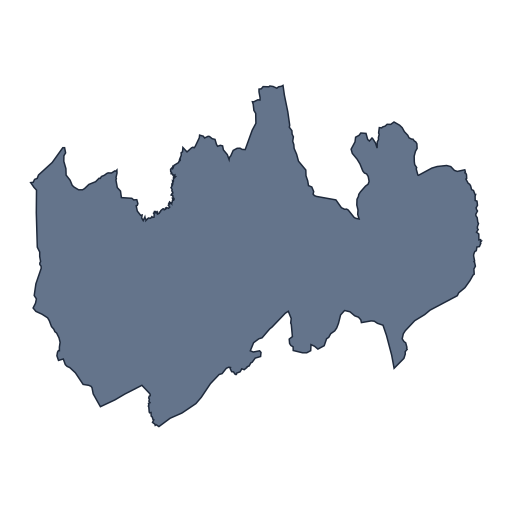 outline of Gomoa East, Central, Ghana
{"feature_id": "2480657B26264719340764", "entity_name": "Gomoa East", "entity_type": "district", "adm_level": 2, "iso_a3": "GHA", "parent_name": "Ghana", "parent_adm1": "Central", "projection": "equal_earth", "projection_center": [-0.589, 5.477], "detail": "fine", "context": "isolated", "style": "filled", "palette": "slate", "viewbox_px": 512, "rotation_deg": 0, "n_neighbors": 0, "source": "geoboundaries", "source_scale": "gbopen_adm2", "svg_char_len": 6053}
<svg xmlns="http://www.w3.org/2000/svg" viewBox="0 0 512 512"><path d="M283.0,85.4L281.4,86.3L278.6,86.8L276.8,88.2L273.1,86.5L269.8,86.0L268.9,86.8L263.1,86.6L261.3,88.8L259.0,89.1L259.0,91.9L260.1,97.8L260.0,100.0L257.8,99.8L253.8,101.8L252.4,101.7L253.2,104.3L253.9,110.4L255.7,113.4L255.9,123.3L252.2,130.2L245.2,149.6L242.0,149.4L240.1,148.2L237.1,148.3L233.2,150.4L230.7,156.0L229.5,157.3L229.1,159.6L227.3,154.6L223.4,149.9L222.6,145.9L220.3,145.3L217.6,146.3L216.5,144.4L215.0,139.4L212.2,138.7L209.5,136.5L208.1,136.3L204.6,138.0L203.3,136.2L199.6,135.1L199.3,137.8L195.1,146.6L194.1,147.8L193.0,147.2L191.6,147.8L187.0,151.9L182.9,147.5L182.5,151.8L181.1,152.8L181.3,155.2L179.5,159.6L179.8,160.4L180.2,159.8L180.2,160.5L179.2,160.9L178.5,162.6L174.1,165.3L173.5,166.5L173.0,166.1L172.6,167.1L173.2,167.7L172.6,168.8L171.7,168.1L170.6,169.3L170.7,171.7L171.6,172.6L171.1,173.7L172.5,174.1L172.7,175.0L173.7,174.9L173.9,175.9L174.8,175.2L174.7,176.5L175.6,176.6L174.7,177.7L173.9,176.6L173.5,176.9L173.4,181.5L173.1,182.0L172.6,181.4L172.8,183.9L172.5,184.8L171.9,184.3L171.8,186.5L171.0,187.6L172.2,189.6L171.8,190.8L172.8,192.2L172.6,193.6L172.1,193.5L171.1,195.0L172.8,195.7L173.0,197.7L174.0,198.4L174.0,199.3L172.6,198.7L173.2,200.3L172.5,200.4L172.0,202.7L171.2,202.8L171.4,203.6L169.6,201.9L168.8,203.5L169.8,203.8L168.3,205.2L169.7,207.1L168.5,208.3L166.5,207.6L166.3,208.3L165.6,208.1L165.5,209.2L164.2,209.8L163.8,208.9L163.0,208.8L160.9,210.5L160.3,211.9L159.3,212.2L159.3,213.3L157.5,214.1L157.3,212.3L156.8,213.0L155.9,212.9L156.0,212.0L155.3,212.4L155.2,211.5L154.4,211.5L154.2,212.6L153.5,213.2L154.2,214.4L154.0,217.2L152.7,217.4L151.9,216.6L150.6,218.3L148.4,218.0L146.0,220.4L146.1,219.3L145.3,218.9L144.9,216.9L143.2,220.6L141.7,218.0L142.1,215.0L140.7,215.4L137.3,211.1L136.2,205.8L137.3,205.3L137.9,203.7L136.8,199.7L133.7,199.9L131.8,198.3L121.4,197.6L120.5,191.1L117.3,187.6L116.3,182.1L115.9,179.8L116.4,178.8L116.0,177.5L117.0,173.1L116.9,170.0L115.8,171.2L114.8,170.9L111.5,173.0L108.1,172.9L106.7,173.5L104.3,175.3L101.4,176.5L100.3,178.4L99.1,178.2L95.6,181.7L88.9,184.4L84.5,188.6L82.5,189.8L78.6,189.8L74.1,187.1L72.2,185.3L70.1,180.2L66.1,175.1L65.9,168.6L63.8,161.3L63.9,155.7L65.6,152.9L64.6,147.7L62.8,147.7L52.2,162.5L38.5,175.0L37.2,178.4L34.6,179.4L33.2,182.3L30.7,182.6L34.0,187.4L36.5,190.1L36.3,212.8L37.3,247.2L39.7,252.0L39.7,256.5L40.6,261.5L39.8,263.1L39.9,264.6L41.1,266.2L41.2,268.3L35.9,283.8L34.2,295.5L36.4,298.9L35.5,303.2L33.1,308.0L35.9,311.4L42.0,314.2L47.6,317.8L49.3,320.7L51.5,326.6L53.8,329.2L54.9,331.7L56.6,333.0L59.0,337.8L60.1,342.3L59.4,347.1L59.4,350.7L58.4,350.6L57.5,352.2L56.9,355.8L58.5,360.4L63.3,359.0L65.3,364.6L67.1,366.4L69.8,367.6L75.4,372.8L83.1,384.4L88.7,385.3L91.0,386.3L92.0,387.7L93.2,393.9L100.4,406.7L114.9,399.9L124.9,394.0L141.9,385.3L149.8,393.7L150.3,394.9L150.2,395.7L149.2,396.2L148.7,398.0L149.4,399.1L148.9,401.2L150.0,402.7L148.5,403.4L148.9,405.0L148.3,406.1L148.8,407.0L149.2,412.0L149.6,412.8L151.0,412.5L151.2,416.1L152.3,417.1L153.0,419.6L153.8,419.9L152.5,422.4L154.8,424.1L155.2,425.4L156.2,424.7L158.9,426.6L170.2,418.2L182.0,413.0L195.9,403.6L201.3,397.3L210.4,383.7L219.1,374.5L222.1,373.6L226.3,368.3L228.8,367.2L230.5,367.5L230.1,368.5L231.7,371.7L233.6,371.9L234.7,373.9L236.0,374.6L236.5,374.2L236.5,373.2L240.1,371.8L241.8,368.8L244.2,369.7L247.0,367.4L247.2,366.7L249.1,366.0L250.8,362.9L252.2,362.2L255.2,358.1L260.6,356.5L261.0,352.4L259.6,350.8L253.3,352.0L250.3,350.8L253.6,342.7L258.8,338.8L262.1,337.8L269.8,328.8L272.0,327.1L285.3,313.2L288.3,311.3L291.2,318.5L290.7,323.0L291.3,324.5L292.4,336.6L289.2,339.1L289.6,343.5L290.9,345.5L293.1,346.8L293.2,350.5L302.6,352.8L306.7,352.8L310.7,350.7L311.0,344.6L314.6,346.3L317.9,349.1L324.2,345.7L326.6,338.7L328.7,337.4L330.7,333.7L334.7,330.9L336.7,328.0L338.5,323.3L340.6,314.9L344.6,310.5L350.0,311.8L354.7,315.8L358.5,317.2L360.8,319.8L361.4,322.6L371.2,320.9L374.3,321.2L377.4,323.3L383.0,325.2L386.5,335.5L391.7,355.3L394.1,368.3L403.9,358.4L405.3,354.0L405.2,351.7L407.2,349.3L406.6,348.3L406.9,347.3L405.7,342.8L404.0,341.6L402.2,338.8L403.3,333.8L405.3,330.7L414.7,320.7L424.7,314.6L430.1,310.1L457.3,295.7L458.7,292.8L464.9,287.7L469.9,280.7L473.1,275.0L474.2,274.2L473.9,269.0L475.4,266.2L474.5,262.0L474.0,261.7L474.6,260.9L473.6,255.8L473.8,254.0L474.8,251.5L476.3,250.7L476.9,247.0L479.4,246.6L480.8,243.3L480.4,242.9L480.6,242.0L481.3,241.2L480.7,241.2L481.0,240.5L480.6,239.6L478.9,239.9L478.8,234.0L476.5,232.2L478.2,229.5L477.4,228.5L477.4,226.7L478.5,223.5L477.8,222.3L477.2,217.7L475.9,215.7L475.8,214.2L477.5,211.0L476.5,209.4L476.1,207.8L477.5,205.3L477.0,201.1L475.2,200.5L475.1,196.3L475.6,194.6L475.1,194.7L473.5,190.5L471.6,189.6L470.6,185.8L469.6,184.2L468.2,183.3L465.9,179.1L466.7,178.4L466.5,174.7L465.8,173.2L464.9,172.8L465.3,171.6L464.8,169.8L457.3,171.4L454.4,170.4L450.8,166.6L446.6,165.5L437.2,166.5L431.8,168.1L418.5,175.3L417.9,175.1L416.2,168.9L416.7,167.6L414.7,164.6L414.3,161.6L414.2,156.1L415.5,151.2L417.1,148.5L416.9,143.8L415.6,141.7L414.4,141.1L412.9,139.1L412.0,139.3L409.0,137.8L407.8,135.3L404.4,131.7L402.2,127.7L399.6,125.2L394.0,122.0L390.7,124.4L387.1,124.3L385.2,126.1L382.5,127.0L381.7,127.9L379.3,127.6L378.6,133.0L379.2,134.3L378.4,137.5L378.5,139.7L377.3,141.8L377.1,148.1L375.5,143.0L372.6,138.5L372.0,138.0L369.4,141.0L367.7,139.5L366.0,133.4L360.8,133.0L359.1,135.3L355.6,137.2L355.0,141.9L351.1,149.2L352.3,153.4L357.1,159.2L360.0,164.0L362.8,171.0L364.4,173.0L366.6,173.9L368.2,176.5L369.1,181.4L368.1,184.2L365.5,186.1L360.5,191.8L358.8,194.3L358.4,196.5L357.0,199.3L356.8,205.0L358.0,210.0L357.7,214.4L359.1,219.0L355.8,218.3L354.2,217.5L348.2,210.0L346.6,209.1L344.7,209.3L341.4,207.7L335.9,199.9L316.4,196.4L314.4,195.6L313.1,194.1L313.7,191.6L311.8,187.0L308.5,185.6L307.7,180.8L306.0,175.8L305.8,170.0L298.5,161.2L296.6,154.2L294.1,148.4L293.8,144.5L292.7,141.3L293.4,136.8L292.1,134.2L291.9,130.7L289.3,127.2L289.7,125.2L287.8,111.8L284.4,95.2L283.0,85.4Z" fill="#64748b" stroke="#1e293b" stroke-width="1.5"/></svg>